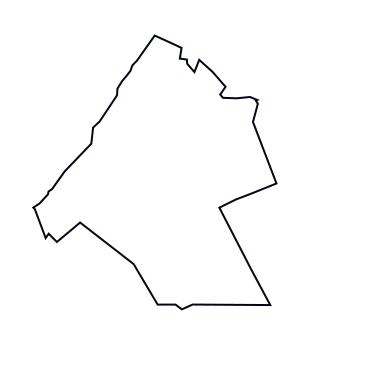 Ulster, New York, United States of America (Albers equal-area conic projection), rotated 212°
{"feature_id": "52423323B54966547945963", "entity_name": "Ulster", "entity_type": "district", "adm_level": 2, "iso_a3": "USA", "parent_name": "United States of America", "parent_adm1": "New York", "projection": "albers", "projection_center": [-74.186, 41.879], "detail": "fine", "context": "isolated", "style": "outline", "palette": "ink", "viewbox_px": 384, "rotation_deg": 212, "n_neighbors": 0, "source": "geoboundaries", "source_scale": "gbopen_adm2", "svg_char_len": 859}
<svg xmlns="http://www.w3.org/2000/svg" viewBox="0 0 384 384"><g transform="rotate(212 192 192)"><path d="M161.4,78.3L146.3,87.8L138.4,87.1L133.4,94.6L131.8,96.9L98.0,117.7L65.7,137.6L96.6,155.3L102.1,158.5L160.5,193.2L150.8,208.9L139.5,223.9L124.9,244.0L177.4,283.7L182.9,301.7L186.3,303.4L185.5,304.6L193.2,303.3L203.8,295.1L215.6,288.3L219.7,289.6L219.3,299.0L238.0,304.7L255.9,307.9L253.5,295.0L264.0,298.2L266.6,301.6L273.0,298.7L277.2,308.6L282.0,308.1L306.5,304.9L308.3,274.1L309.6,268.1L309.3,265.7L308.6,263.6L308.4,262.1L309.0,256.2L310.0,249.1L310.0,247.8L310.0,240.1L308.3,237.0L306.8,234.3L307.7,202.9L310.0,194.2L303.0,179.7L310.9,141.9L312.2,120.4L313.9,116.4L312.9,113.7L315.2,101.5L318.3,94.7L316.1,94.1L291.7,75.4L291.4,80.7L280.1,78.0L270.7,106.8L213.6,101.0L203.2,99.9L161.4,78.3Z" fill="none" stroke="#020617" stroke-width="2"/></g></svg>